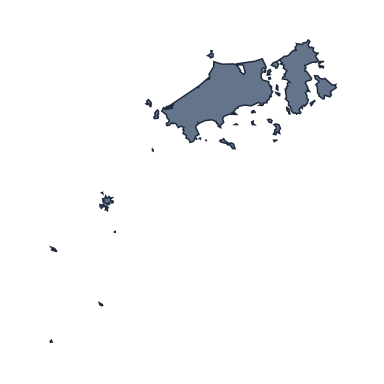 Flinders (Tas.), Tasmania, Australia (orthographic projection), rotated 274°
{"feature_id": "25037944B15550630319657", "entity_name": "Flinders (Tas.)", "entity_type": "district", "adm_level": 2, "iso_a3": "AUS", "parent_name": "Australia", "parent_adm1": "Tasmania", "projection": "orthographic", "projection_center": [148.029, -39.899], "detail": "fine", "context": "isolated", "style": "filled", "palette": "slate", "viewbox_px": 384, "rotation_deg": 274, "n_neighbors": 0, "source": "geoboundaries", "source_scale": "gbopen_adm2", "svg_char_len": 6181}
<svg xmlns="http://www.w3.org/2000/svg" viewBox="0 0 384 384"><g transform="rotate(274 192 192)"><path d="M244.4,185.2L241.3,186.6L242.7,189.9L248.3,192.2L249.8,195.0L256.4,191.4L258.4,191.3L259.7,193.2L261.3,193.2L260.7,193.7L264.2,200.2L265.4,206.8L263.9,211.3L262.2,211.6L261.4,213.9L259.7,213.3L258.2,216.1L260.5,215.7L263.6,218.8L267.0,217.4L269.5,218.3L272.2,223.5L272.5,231.0L274.1,229.0L272.7,227.7L274.0,226.3L275.0,228.5L277.9,229.6L279.0,232.1L280.5,232.2L282.4,238.5L282.1,245.1L285.8,251.7L285.5,254.0L283.9,254.3L283.2,253.2L283.3,256.0L283.9,257.0L285.5,256.8L286.4,260.7L288.5,260.3L289.4,262.3L292.0,262.8L292.8,264.5L293.3,264.4L293.7,263.3L294.3,262.9L293.7,263.4L297.8,265.5L299.0,264.1L301.9,263.9L302.2,263.6L302.3,263.0L302.6,262.7L302.9,263.7L304.8,261.3L307.4,260.8L308.6,254.7L311.1,253.0L314.7,252.7L316.0,253.9L318.5,252.9L320.5,254.3L320.4,257.0L322.1,257.1L329.8,252.8L326.9,245.9L322.9,227.4L322.0,227.4L322.3,233.6L321.6,234.5L314.8,236.7L313.1,235.4L315.4,231.5L316.6,232.0L320.5,228.8L319.9,229.6L320.1,229.4L321.4,227.8L322.7,224.9L321.6,213.2L323.5,204.6L318.8,205.0L310.4,200.7L309.4,201.6L306.6,201.2L306.2,202.0L306.2,201.4L305.4,200.7L305.3,200.2L306.3,201.3L306.2,200.3L307.6,201.0L298.2,191.5L297.2,191.4L295.8,190.7L298.0,191.2L277.3,164.7L273.5,158.2L273.8,160.5L274.2,160.5L274.5,160.6L273.7,160.8L278.0,167.9L274.5,164.0L275.1,166.5L274.4,166.7L272.8,161.2L272.7,158.6L273.9,157.6L270.6,156.2L267.2,161.1L263.9,162.2L261.9,164.4L260.1,163.9L258.6,161.6L256.4,162.3L257.0,164.6L259.5,167.0L258.8,168.3L259.7,169.4L258.6,171.6L255.3,173.8L256.9,176.5L255.8,179.4L253.6,178.5L252.9,179.6L249.7,179.0L248.1,182.4L245.3,182.3L244.4,185.2ZM281.5,293.0L284.6,295.2L283.1,296.2L285.9,296.7L286.4,297.7L285.5,298.6L288.5,300.8L292.5,301.6L293.2,300.2L296.5,299.8L298.7,298.2L300.8,300.2L300.5,302.3L302.2,301.0L300.9,299.8L304.1,300.3L308.9,297.4L310.6,298.7L311.9,302.6L313.5,303.4L320.6,297.6L320.5,296.1L322.4,295.9L323.6,297.2L326.0,295.7L329.9,303.2L330.0,306.7L332.1,308.7L336.2,305.5L339.2,308.1L339.6,304.9L341.6,302.7L344.1,303.3L344.9,300.9L344.0,300.0L345.1,298.4L347.1,297.7L350.5,299.0L351.8,297.4L349.3,295.8L348.3,292.3L346.8,291.6L347.3,285.9L346.3,286.5L343.2,284.8L340.6,286.1L340.4,285.2L341.2,284.9L339.3,282.1L335.2,278.9L333.8,276.4L334.1,275.1L329.1,268.9L329.3,270.7L327.2,273.0L325.8,273.0L324.6,275.0L321.9,274.5L319.6,278.7L319.6,277.7L316.5,277.0L316.1,275.7L314.0,276.7L313.4,275.0L311.2,274.2L310.6,279.0L308.3,281.7L308.4,280.6L307.1,279.5L304.4,280.1L303.3,278.9L301.3,279.1L301.1,277.8L293.0,279.6L291.5,278.5L288.6,282.2L285.3,282.1L283.7,284.3L279.7,285.6L277.6,287.8L278.3,289.2L277.0,290.9L278.0,291.5L277.8,294.5L279.1,295.0L281.5,293.0ZM296.8,311.8L293.9,316.3L294.3,317.3L297.7,317.4L297.4,319.1L296.8,318.9L297.4,319.5L296.5,322.9L298.5,324.3L299.2,323.0L300.6,323.8L301.8,323.0L306.2,328.7L308.2,327.3L309.2,327.9L308.3,324.7L314.7,316.6L313.7,315.2L314.2,311.8L316.5,309.5L316.7,306.2L313.6,307.2L311.7,310.6L310.6,310.8L307.7,308.0L305.5,309.6L299.2,310.5L298.5,312.2L296.8,311.8ZM175.4,110.0L175.7,113.8L176.9,114.3L177.7,113.4L177.5,111.4L179.1,111.1L180.7,112.8L180.4,110.4L181.7,109.5L179.8,107.7L182.1,106.1L179.4,105.5L179.1,103.3L177.6,103.6L177.0,105.1L176.0,103.9L174.3,107.0L174.8,108.0L173.5,108.5L173.8,110.2L174.5,109.4L175.4,110.0ZM255.4,269.1L254.9,271.6L257.9,272.5L256.4,275.4L259.1,274.5L261.6,275.8L265.2,274.0L265.8,271.0L264.9,269.0L262.9,271.4L260.8,271.8L259.6,270.1L257.9,270.5L255.4,269.1ZM245.8,216.7L244.9,216.1L243.9,217.2L242.7,223.1L241.3,224.7L241.9,226.5L238.1,229.5L238.2,231.9L242.7,230.2L243.6,227.8L243.2,225.0L245.7,220.9L247.4,219.9L245.7,217.8L245.8,216.7ZM324.0,262.3L322.5,266.9L321.5,266.9L321.9,268.4L325.5,269.3L327.3,267.8L327.8,267.8L328.2,268.2L328.3,268.2L328.5,268.2L326.5,264.0L324.0,262.3ZM262.6,149.2L263.1,152.7L264.7,153.3L266.1,152.1L267.1,153.2L270.8,152.8L271.3,151.7L268.3,149.4L265.2,150.1L264.3,148.7L262.6,149.2ZM168.7,107.6L166.9,109.3L169.7,108.4L170.5,109.5L172.0,107.9L171.9,105.9L172.8,105.8L172.2,104.7L173.6,104.4L172.6,102.8L173.1,101.1L170.8,101.3L170.6,102.8L168.7,102.5L170.5,103.3L171.8,105.9L170.0,107.3L168.3,106.8L168.7,107.6ZM274.4,144.1L274.4,145.1L278.1,145.1L281.1,142.2L279.5,140.5L277.6,141.2L276.8,139.9L276.0,141.2L277.2,142.9L274.4,144.1ZM327.1,201.0L328.3,203.6L331.2,203.4L332.0,201.9L329.1,198.1L328.4,200.6L327.1,201.0ZM315.4,260.5L318.1,262.3L319.6,261.3L318.1,259.2L313.8,258.9L314.6,261.7L315.4,260.5ZM266.6,266.4L268.9,266.8L270.1,264.8L269.5,262.5L267.1,263.9L266.6,266.4ZM283.0,280.6L280.3,280.8L278.5,283.0L276.9,283.0L276.7,284.3L281.8,282.9L283.0,280.6ZM331.0,309.8L329.7,309.1L328.7,310.4L330.0,311.1L331.5,314.6L331.0,309.8ZM124.4,56.0L123.2,60.4L123.7,61.1L126.1,58.8L125.1,58.1L125.7,56.9L124.4,56.0ZM289.0,306.6L290.2,306.2L290.8,308.1L291.8,307.9L288.8,303.8L286.6,304.9L289.0,306.6ZM299.6,270.5L303.8,270.1L304.5,269.0L300.7,268.8L299.6,270.5ZM327.1,309.7L325.0,311.0L325.8,312.3L325.1,314.3L326.4,314.5L327.1,309.7ZM295.7,269.9L294.2,271.9L294.3,272.7L296.2,272.7L296.9,270.2L295.7,269.9ZM265.9,246.5L263.5,247.4L263.5,249.8L264.8,248.0L267.0,248.2L265.9,246.5ZM72.2,109.7L72.7,110.8L73.5,110.3L75.1,107.2L73.3,107.8L72.2,109.7ZM275.5,249.8L277.5,248.1L277.0,246.5L275.8,245.9L275.0,246.5L276.1,248.3L275.5,249.8ZM249.3,269.8L247.5,270.7L248.5,270.7L249.7,273.6L249.3,269.8ZM33.2,60.9L32.2,61.4L32.6,63.0L34.3,62.1L33.2,60.9ZM316.5,256.5L318.0,257.1L318.9,256.6L318.1,255.3L316.7,255.4L316.5,256.5ZM309.8,260.9L310.4,262.5L311.8,261.8L311.4,260.5L309.8,260.9ZM263.2,231.5L262.3,230.1L262.4,232.4L263.2,231.5ZM334.4,201.1L333.1,201.1L332.7,201.8L334.1,202.4L334.4,201.1ZM230.1,150.3L231.4,150.3L232.0,149.6L230.5,149.6L230.1,150.3ZM244.5,193.6L245.6,192.7L245.2,192.5L244.5,193.6ZM184.9,101.8L184.0,103.1L185.4,102.8L184.9,101.8ZM246.4,196.7L246.0,195.6L245.3,196.6L246.4,196.7ZM126.4,55.9L126.6,56.8L127.1,55.3L126.4,55.9ZM245.3,201.8L244.3,202.4L243.8,203.2L245.3,201.8ZM146.4,118.2L147.3,118.1L146.8,117.2L146.6,117.2L146.4,118.2ZM326.0,271.2L325.8,272.0L326.8,271.9L326.0,271.2ZM296.8,268.5L296.1,269.3L297.1,268.6L296.8,268.5Z" fill="#64748b" stroke="#1e293b" stroke-width="1.5"/></g></svg>